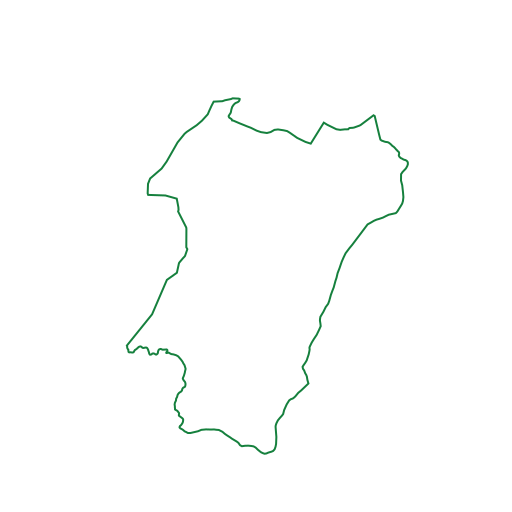 Kota Kotamobagu, Sulawesi Utara, Indonesia, rotated 37°
{"feature_id": "22746128B93986330379000", "entity_name": "Kota Kotamobagu", "entity_type": "district", "adm_level": 2, "iso_a3": "IDN", "parent_name": "Indonesia", "parent_adm1": "Sulawesi Utara", "projection": "equal_earth", "projection_center": [124.319, 0.711], "detail": "fine", "context": "isolated", "style": "outline", "palette": "green", "viewbox_px": 512, "rotation_deg": 37, "n_neighbors": 0, "source": "geoboundaries", "source_scale": "gbopen_adm2", "svg_char_len": 6071}
<svg xmlns="http://www.w3.org/2000/svg" viewBox="0 0 512 512"><g transform="rotate(37 256 256)"><path d="M308.0,438.4L310.1,436.9L315.2,430.8L317.0,427.7L320.4,424.6L324.2,421.9L327.0,419.7L329.0,418.6L331.0,417.3L335.0,416.6L338.2,416.8L340.8,416.7L344.7,416.4L346.5,416.4L352.2,415.8L354.4,415.8L357.1,416.7L359.2,416.4L361.4,414.2L364.0,412.1L366.5,410.6L368.6,409.5L371.0,409.2L374.1,409.6L376.7,409.7L378.3,409.7L380.2,409.3L381.8,408.8L383.1,407.5L384.1,405.7L385.1,404.3L386.1,403.0L387.0,401.4L387.2,399.2L386.4,396.6L385.2,394.1L381.2,388.3L374.4,380.6L373.7,379.4L373.0,377.4L372.4,374.1L372.5,371.2L372.8,367.7L372.8,365.9L371.2,362.1L369.8,356.0L369.4,351.3L370.1,349.2L371.1,347.8L371.6,346.1L371.9,344.4L372.1,339.8L373.0,336.1L374.6,326.3L371.6,324.0L369.2,321.7L367.6,320.7L366.0,320.1L363.3,318.4L361.4,317.8L359.9,316.5L359.7,314.9L359.6,311.6L359.3,308.8L358.7,307.1L357.3,302.9L355.8,299.7L355.1,298.4L354.4,297.6L354.0,297.3L353.5,296.1L352.6,291.6L352.2,287.6L351.9,282.4L350.8,276.9L349.9,273.1L347.9,271.0L346.0,269.2L345.1,267.9L344.0,265.8L343.4,260.0L342.4,254.8L342.4,250.8L341.5,247.8L339.2,242.0L337.9,237.7L337.0,234.4L334.5,228.2L333.4,224.9L331.5,220.6L330.0,215.4L327.9,209.0L326.8,204.4L325.9,199.9L325.9,193.4L326.1,189.2L326.1,163.6L327.5,160.5L329.0,156.9L330.4,154.4L332.0,152.3L334.3,148.9L335.6,146.2L337.2,143.1L341.8,137.7L342.0,136.9L342.1,135.2L341.9,133.2L341.5,128.6L341.2,126.1L340.3,123.7L338.3,120.3L335.2,116.8L330.2,111.5L326.4,108.5L322.6,103.3L322.5,100.5L323.0,96.4L323.0,95.5L322.7,93.3L322.1,91.4L321.5,90.6L320.8,89.8L319.8,89.4L318.7,89.3L317.4,89.5L316.9,89.8L315.6,90.2L314.5,90.3L313.3,90.5L312.6,90.7L312.0,90.6L310.6,90.4L309.9,90.0L309.4,89.6L309.1,88.9L308.9,88.3L308.3,87.6L307.8,87.2L307.2,87.0L305.6,86.9L305.0,86.7L304.4,86.6L303.8,86.6L302.8,86.3L301.7,86.1L301.0,86.0L300.1,85.9L299.1,86.0L298.6,86.0L296.8,85.7L295.8,85.6L293.6,85.6L292.6,85.9L290.6,87.0L289.5,87.4L288.1,87.8L287.3,88.1L286.8,88.2L285.4,88.2L285.2,88.1L281.2,84.9L266.6,72.8L265.2,72.9L260.7,88.5L260.1,89.7L257.0,94.4L256.1,95.4L254.1,97.1L253.7,97.5L253.5,98.1L253.4,98.5L253.4,99.0L253.3,99.4L253.0,99.6L250.7,101.4L247.3,104.6L243.9,106.4L234.0,108.3L229.9,108.7L232.1,133.3L226.9,135.1L217.8,136.9L208.9,137.2L205.7,137.5L202.4,139.0L197.4,141.7L194.8,144.2L193.1,148.2L190.7,151.2L185.4,154.1L181.1,155.5L174.7,156.7L170.6,157.9L167.9,158.6L163.1,159.9L156.5,161.5L155.3,162.1L155.1,161.9L154.8,161.7L154.2,161.5L153.8,161.4L153.2,161.5L152.6,161.5L151.5,161.6L150.9,161.4L150.7,161.3L150.2,161.0L150.0,160.6L149.9,160.5L149.8,160.0L149.8,159.6L149.7,158.6L149.7,157.7L149.6,157.0L149.3,156.1L148.5,154.5L148.1,153.6L147.3,151.3L147.2,150.9L147.2,150.3L147.2,149.5L147.1,148.9L147.2,148.2L147.3,147.2L147.6,146.3L147.7,146.0L148.6,144.5L149.0,143.6L149.2,142.6L149.1,141.8L148.9,141.1L148.5,140.4L148.4,140.4L147.5,140.7L142.5,144.1L141.5,145.8L137.5,150.3L136.0,152.6L129.3,158.2L130.1,162.8L131.2,167.8L132.2,171.9L131.4,180.5L129.9,187.3L126.0,198.6L125.4,201.4L125.0,212.5L127.8,234.4L128.0,243.0L124.8,257.8L126.3,263.3L131.8,271.2L133.1,272.1L147.2,262.2L158.2,257.9L164.7,263.8L166.4,265.8L167.0,267.3L183.1,275.2L184.0,276.1L195.1,291.0L196.8,291.7L197.1,292.0L197.2,292.3L199.2,298.4L199.3,299.1L199.0,301.8L198.7,307.5L198.9,308.3L202.9,317.0L199.2,328.7L208.1,365.1L206.8,404.6L206.8,405.3L207.0,405.4L207.3,405.6L207.5,405.7L207.7,406.0L208.2,406.6L208.5,406.9L209.4,407.4L209.7,407.5L210.3,407.6L210.5,407.8L210.9,408.3L211.5,408.9L211.7,409.1L212.0,409.3L212.6,409.3L212.8,409.2L213.1,409.0L213.5,408.6L213.7,408.4L214.7,407.9L215.3,407.5L215.7,407.2L215.9,406.9L216.1,406.6L216.1,406.3L216.1,405.9L215.9,404.8L215.9,404.3L215.9,403.9L216.1,403.5L216.2,403.1L216.5,402.4L216.7,401.3L216.9,400.3L217.0,399.5L217.3,398.8L217.8,398.1L218.2,397.7L218.5,397.6L218.9,397.5L219.6,397.5L220.0,397.6L220.6,397.6L221.1,397.4L221.7,397.0L222.2,396.3L223.1,395.4L223.6,395.1L224.1,395.0L224.7,395.1L225.4,395.4L225.7,395.5L226.3,395.8L226.6,396.1L228.7,397.5L229.3,398.1L229.9,398.4L230.7,398.6L231.2,398.2L231.6,397.7L231.8,397.2L231.9,396.5L231.9,396.4L232.1,396.1L232.6,395.6L233.5,395.2L234.1,395.1L234.7,395.1L235.3,395.0L235.8,394.6L236.0,393.8L236.1,393.4L236.1,393.1L236.0,392.6L235.7,392.0L235.2,391.1L234.9,390.2L234.8,389.6L234.8,389.2L234.9,388.9L235.1,388.5L235.4,388.1L235.7,387.7L236.3,387.4L236.7,387.3L237.4,387.2L237.8,387.0L238.2,386.7L238.9,386.1L239.9,385.3L240.6,384.6L241.0,384.4L241.3,384.4L241.6,384.4L241.9,384.6L242.1,384.8L242.2,385.0L242.4,385.4L242.4,385.9L242.4,387.0L242.5,387.2L242.8,387.4L243.0,387.3L243.3,387.0L243.9,386.2L244.3,385.8L244.5,385.7L244.9,385.7L246.9,385.4L247.4,385.3L249.2,384.3L251.1,383.6L252.0,383.3L254.0,383.0L254.8,383.1L258.5,383.9L260.8,384.6L261.3,384.8L262.4,385.4L263.2,385.7L264.6,386.2L267.2,388.1L267.5,388.3L267.8,388.7L268.3,389.8L268.8,391.0L269.4,392.1L269.6,392.7L269.8,393.2L270.5,395.1L270.7,395.9L270.9,396.8L271.0,397.2L271.2,397.8L271.5,398.1L273.0,398.8L273.7,399.0L274.4,399.1L274.7,399.2L275.2,399.4L275.8,399.8L276.2,400.1L276.6,400.5L276.8,400.7L277.5,401.9L277.7,402.4L277.9,402.9L277.9,403.3L277.8,403.6L277.7,403.9L277.4,404.3L277.2,404.9L277.1,405.1L277.1,405.4L277.1,405.6L277.1,406.1L277.2,406.5L277.3,406.9L277.7,407.7L277.8,408.0L277.8,408.5L277.8,409.0L277.7,409.3L277.6,409.9L277.2,410.7L277.1,411.2L277.0,411.4L276.9,412.1L276.9,413.1L276.9,413.5L277.0,414.0L277.1,414.4L277.7,415.8L277.8,416.1L277.9,416.4L278.0,417.5L278.1,417.8L278.1,418.0L279.0,419.5L279.2,420.2L279.5,421.8L279.8,422.5L280.2,423.2L280.3,423.5L281.7,424.9L282.3,425.7L283.1,426.5L283.6,427.2L283.8,427.3L284.2,427.3L285.7,427.1L286.3,427.0L286.7,427.1L288.9,427.7L289.2,427.9L289.5,428.2L290.0,429.3L290.3,429.7L290.6,429.9L291.9,429.9L294.8,429.9L295.4,430.0L295.7,430.1L296.2,430.4L296.6,430.9L297.1,431.8L297.4,432.3L297.6,432.9L297.8,433.7L297.9,434.8L297.9,435.5L297.9,436.2L297.8,436.8L297.6,437.5L297.8,438.4L298.2,439.0L299.4,439.2L301.0,438.9L302.5,438.8L304.5,439.0L306.2,438.6L308.0,438.4Z" fill="none" stroke="#15803d" stroke-width="2"/></g></svg>